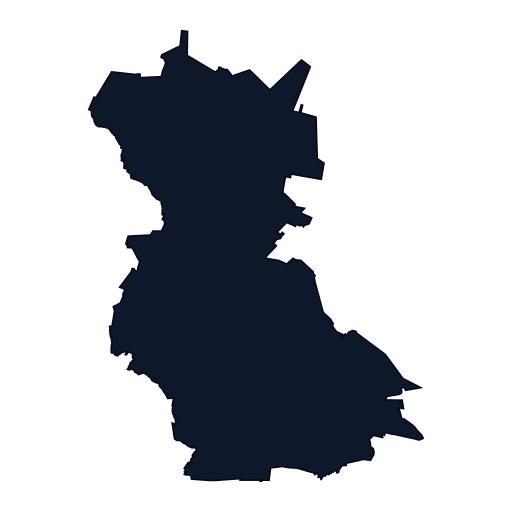 the district of Cuauhtémoc, Chihuahua, Mexico
{"feature_id": "50627088B28133292335375", "entity_name": "Cuauhtémoc", "entity_type": "district", "adm_level": 2, "iso_a3": "MEX", "parent_name": "Mexico", "parent_adm1": "Chihuahua", "projection": "orthographic", "projection_center": [-106.99, 28.768], "detail": "fine", "context": "isolated", "style": "filled", "palette": "ink", "viewbox_px": 512, "rotation_deg": 0, "n_neighbors": 0, "source": "geoboundaries", "source_scale": "gbopen_adm2", "svg_char_len": 6082}
<svg xmlns="http://www.w3.org/2000/svg" viewBox="0 0 512 512"><path d="M109.5,326.4L110.2,328.5L109.7,329.1L110.1,334.3L110.7,337.5L111.6,339.0L111.3,340.3L111.9,341.6L111.7,342.5L112.2,343.2L111.5,344.3L112.0,345.2L111.5,345.1L111.4,345.6L111.1,349.3L111.3,352.8L112.3,353.2L113.2,352.6L113.8,352.7L114.6,354.8L117.7,355.9L118.2,354.8L119.8,354.3L122.2,352.2L123.6,352.4L124.6,351.3L126.3,352.0L126.6,352.6L126.0,353.0L125.2,354.6L126.1,355.0L127.8,353.2L128.1,351.7L131.6,353.2L132.7,354.5L132.4,356.5L132.9,356.9L132.4,357.4L132.5,358.0L133.0,358.0L133.6,359.5L130.1,363.0L129.8,364.3L130.1,364.7L128.5,366.5L128.4,367.9L127.3,369.4L129.2,370.0L130.3,369.5L133.2,369.5L134.0,370.7L134.7,371.3L134.7,372.1L137.0,373.1L138.4,374.7L139.5,374.0L140.4,374.1L141.2,373.5L144.0,373.2L145.1,373.5L145.8,374.7L148.0,374.8L148.1,376.3L148.8,376.8L149.9,376.8L149.8,377.5L151.1,378.4L151.8,380.5L155.1,382.3L156.7,382.9L157.3,383.0L157.6,382.3L158.6,382.4L158.4,383.3L159.2,384.6L159.5,386.5L162.6,389.4L162.7,390.4L163.1,390.6L163.9,392.2L165.2,393.2L165.0,393.9L166.1,394.8L166.0,395.4L167.1,396.8L166.9,397.3L167.5,397.8L167.7,398.5L173.5,398.2L172.1,405.8L173.0,406.8L172.4,408.4L172.3,411.6L172.9,413.4L172.9,414.3L173.6,414.9L173.8,415.5L174.0,417.5L174.8,417.8L175.6,418.7L175.1,419.7L175.6,420.2L175.4,421.7L175.6,424.1L172.1,423.0L174.5,438.9L176.7,440.4L180.3,440.7L183.7,443.3L185.8,444.1L187.9,446.1L191.9,447.8L192.9,447.9L194.9,447.4L196.4,450.0L195.5,451.7L194.4,452.0L193.6,453.6L192.3,454.8L192.6,458.1L191.7,458.2L190.9,459.1L190.6,461.5L189.6,462.2L187.9,462.7L184.1,468.4L185.6,470.3L184.4,471.8L185.4,472.5L184.2,474.2L186.4,475.1L188.4,474.8L190.5,475.7L191.3,476.5L191.1,478.5L191.5,479.2L211.3,480.6L211.4,480.0L213.9,480.6L240.0,478.7L240.0,480.2L260.0,480.2L260.0,480.9L260.5,480.9L260.5,481.3L261.6,481.3L261.9,480.2L269.1,480.3L270.6,468.0L282.2,466.5L288.5,467.6L297.2,468.2L310.5,472.1L313.3,472.6L314.9,474.8L315.7,474.2L316.7,472.7L317.1,472.5L317.3,473.8L318.5,474.8L318.2,475.3L318.3,476.6L318.1,477.2L319.6,477.1L320.5,478.1L321.0,479.5L321.7,479.0L321.9,478.0L323.2,476.4L324.5,475.7L325.3,476.1L326.0,474.9L327.3,474.3L328.3,474.2L328.9,474.6L329.6,474.2L329.4,473.8L329.7,473.4L331.5,472.9L331.7,472.1L333.0,472.4L333.2,471.4L334.6,470.7L336.0,471.1L337.0,472.9L337.3,472.0L338.7,472.3L338.9,470.2L340.6,467.7L342.5,465.5L346.2,465.5L346.1,464.4L346.4,463.3L360.8,460.1L361.6,459.7L365.4,459.5L367.1,460.0L369.6,460.1L370.5,460.5L373.9,454.4L374.0,450.9L373.6,450.6L373.3,448.6L372.6,447.9L371.8,448.1L370.6,446.3L370.4,443.0L369.5,439.1L373.6,435.5L382.7,437.6L382.5,434.2L383.0,434.7L384.0,434.7L384.5,435.2L385.0,433.8L386.2,432.7L392.6,434.4L393.7,434.3L396.4,434.9L397.0,434.6L397.7,435.2L402.1,436.1L402.4,435.8L402.6,436.3L414.4,438.8L419.0,440.1L423.3,438.4L421.7,435.0L415.7,428.8L415.9,428.5L413.6,425.8L404.0,418.8L401.9,418.9L398.9,407.8L403.6,408.8L402.2,400.1L385.2,399.9L386.9,397.0L387.7,396.3L399.8,394.3L401.8,392.8L401.5,388.0L402.3,387.4L403.5,387.7L405.0,388.8L405.5,390.4L421.0,387.7L403.0,378.5L385.3,354.4L355.8,332.4L356.3,331.8L355.4,331.1L352.6,330.5L348.6,332.2L347.3,334.4L346.3,334.6L345.3,333.9L341.2,337.4L342.5,334.2L338.9,332.8L335.8,331.1L335.9,330.7L332.7,326.5L333.1,323.3L330.7,319.6L330.9,319.4L323.3,312.4L315.3,282.9L314.2,276.8L314.9,276.3L315.1,275.7L313.5,273.9L313.2,271.8L300.9,260.3L295.9,259.9L293.0,258.2L286.7,264.0L278.8,260.4L265.2,258.1L266.9,255.9L276.5,245.8L273.5,243.0L275.2,241.7L276.1,240.1L276.9,239.4L278.2,239.1L278.3,238.7L279.4,238.9L280.6,238.5L281.3,237.3L280.7,237.1L284.0,233.9L282.3,232.3L280.2,234.6L277.5,231.9L286.6,222.5L295.5,226.4L296.3,224.4L299.8,225.9L300.4,224.5L303.5,226.9L304.3,225.5L309.1,223.9L311.8,217.8L300.5,212.8L304.7,208.3L294.8,206.5L295.1,204.1L285.1,194.1L283.1,193.0L283.1,192.0L282.7,192.3L285.5,176.7L290.5,177.7L291.1,174.1L321.3,179.4L324.1,163.1L317.3,158.6L316.1,117.1L300.8,112.7L302.7,105.2L301.3,104.7L299.1,112.4L292.6,111.1L310.4,66.7L301.5,59.9L269.9,89.8L249.6,69.9L232.0,76.0L230.4,73.3L227.2,69.5L224.6,69.5L223.5,68.8L222.7,69.1L222.1,68.3L221.1,68.5L221.0,67.5L219.9,67.2L218.7,67.3L218.7,68.3L218.1,69.7L215.7,71.7L214.3,71.5L187.2,55.3L187.6,31.3L181.6,30.7L180.0,46.3L177.1,47.2L161.7,54.8L161.0,57.3L163.9,58.9L165.7,62.9L162.5,71.2L161.2,76.6L140.4,77.6L139.9,73.8L135.3,74.4L111.6,71.8L95.9,97.6L94.0,97.0L88.7,109.6L91.1,110.6L91.6,113.4L91.4,114.2L92.0,116.8L92.9,117.4L94.0,119.4L94.1,121.5L95.7,124.7L96.7,125.7L97.6,125.8L98.6,126.8L100.6,126.6L103.3,127.2L104.4,126.9L106.5,127.9L108.6,128.4L109.2,129.6L110.3,130.5L110.3,131.0L110.9,131.2L110.8,131.5L111.4,131.9L112.1,133.3L113.3,133.2L113.5,134.9L114.2,134.9L114.4,135.3L115.0,135.2L115.4,135.6L115.4,136.5L115.9,136.7L116.0,138.6L116.7,139.1L117.7,141.4L118.7,141.8L118.8,142.2L118.4,142.2L119.3,144.2L120.3,144.3L120.2,145.0L121.1,146.1L121.3,146.9L120.7,147.8L120.8,148.1L121.6,148.2L122.1,147.8L122.6,149.3L122.2,152.5L121.1,155.3L121.6,159.0L121.3,160.3L121.8,160.2L121.8,160.8L122.3,161.1L123.1,161.1L123.6,160.5L124.0,161.0L123.8,163.0L124.5,164.0L123.9,165.5L124.2,166.0L123.8,167.2L124.0,168.4L127.4,168.9L127.0,171.3L128.5,172.7L129.8,173.2L130.7,174.5L131.1,178.3L133.5,178.9L133.8,179.3L134.8,179.3L139.6,181.2L143.0,183.0L145.0,185.4L147.6,185.1L147.8,185.8L148.3,185.7L148.8,186.4L148.5,187.6L150.0,188.8L149.8,189.2L150.3,190.3L151.4,191.7L151.4,192.8L152.7,194.2L152.2,194.6L157.2,199.5L158.7,199.5L160.1,200.8L161.3,200.9L161.6,201.6L161.1,203.0L161.2,203.8L161.8,204.2L162.0,206.5L162.4,207.6L162.3,208.7L162.5,209.9L162.0,210.3L162.4,210.7L162.5,211.8L161.9,213.1L162.8,213.5L162.2,214.8L164.0,215.5L162.2,219.5L164.0,220.3L164.7,223.8L161.5,231.0L152.9,231.0L150.3,235.0L128.1,236.1L125.8,243.7L127.5,246.1L127.4,247.6L132.2,247.9L138.0,259.0L139.6,261.5L137.7,268.2L137.5,270.4L136.4,271.0L135.8,271.0L135.0,270.2L134.0,268.6L132.4,268.4L131.9,268.7L131.1,271.9L119.5,287.3L124.3,289.0L124.1,293.0L123.3,292.8L122.9,294.4L122.9,297.0L120.1,303.1L113.2,306.6L114.5,310.7L112.1,325.7L109.5,326.4Z" fill="#0f172a" stroke="#020617" stroke-width="1.5"/></svg>